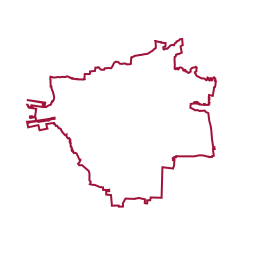 the district of Kota Probolinggo, Jawa Timur, Indonesia, rotated 256°
{"feature_id": "22746128B48742890195125", "entity_name": "Kota Probolinggo", "entity_type": "district", "adm_level": 2, "iso_a3": "IDN", "parent_name": "Indonesia", "parent_adm1": "Jawa Timur", "projection": "mercator", "projection_center": [113.213, -7.771], "detail": "fine", "context": "isolated", "style": "outline", "palette": "rose", "viewbox_px": 256, "rotation_deg": 256, "n_neighbors": 0, "source": "geoboundaries", "source_scale": "gbopen_adm2", "svg_char_len": 5854}
<svg xmlns="http://www.w3.org/2000/svg" viewBox="0 0 256 256"><g transform="rotate(256 128 128)"><path d="M196.5,65.2L195.5,64.7L192.8,64.4L191.9,64.0L188.7,63.5L187.0,62.9L186.7,63.7L185.0,63.4L182.7,63.6L181.7,63.9L176.0,63.9L173.4,62.8L172.2,61.8L172.4,60.9L172.0,60.7L171.4,60.6L171.3,60.0L170.5,59.4L170.0,59.4L169.2,58.4L169.2,57.0L168.9,55.7L168.1,53.5L168.6,52.0L172.6,53.8L179.7,36.6L173.0,51.8L169.1,50.1L173.4,39.8L172.9,39.5L172.3,40.8L171.3,40.3L172.0,38.4L171.4,38.2L172.0,36.8L174.8,36.2L174.9,35.9L171.8,36.6L168.9,43.6L162.5,41.0L161.5,39.7L161.6,37.6L162.7,37.6L163.0,35.8L162.4,35.6L162.3,35.4L161.4,35.5L161.0,40.8L160.8,40.9L158.6,40.7L157.8,40.5L157.3,40.1L157.7,35.9L158.5,31.5L158.3,31.5L157.6,35.8L155.9,53.4L155.8,55.3L156.0,55.6L156.0,56.1L155.8,59.2L154.7,59.1L155.0,55.6L155.3,55.4L155.4,53.7L154.4,53.6L154.5,52.6L155.5,52.5L155.7,52.1L155.8,51.4L154.8,51.2L155.6,42.5L155.8,42.2L156.6,41.4L157.2,35.7L157.2,31.5L152.8,31.3L152.5,41.6L152.3,41.8L147.3,41.6L147.2,41.7L146.9,49.7L147.0,49.7L147.1,49.4L151.6,49.7L150.8,57.5L150.2,57.6L149.8,57.4L149.5,58.0L149.1,58.2L148.2,58.2L147.4,58.5L147.4,59.7L144.7,60.7L144.8,61.0L144.3,61.3L143.4,62.5L140.6,62.9L140.4,63.3L139.1,63.6L138.2,64.1L138.1,64.3L137.2,64.6L137.1,64.9L136.4,65.1L136.0,65.4L135.8,65.7L136.3,66.7L135.3,66.4L134.2,66.6L133.6,66.6L132.5,67.1L132.5,68.5L130.5,69.2L130.3,68.5L128.5,68.8L128.4,68.0L127.3,68.2L126.7,68.7L125.9,68.3L124.3,67.9L123.3,68.1L123.4,68.5L120.6,68.8L120.4,68.0L119.7,68.0L119.8,68.9L118.7,69.1L118.3,68.7L116.8,69.4L116.8,70.7L115.8,71.9L108.9,73.3L108.8,74.1L107.9,73.8L106.1,72.2L105.4,70.9L103.6,71.7L103.2,74.1L102.8,74.6L95.8,79.5L93.8,79.6L92.2,79.4L86.6,77.9L84.6,78.8L82.7,77.4L81.5,79.7L80.9,81.8L78.4,85.3L77.7,85.9L76.4,89.4L73.9,88.9L72.6,94.1L72.6,94.8L71.3,94.5L71.9,91.5L68.7,90.8L67.0,95.3L56.5,93.6L55.5,98.2L54.9,100.3L53.9,100.1L53.0,104.1L56.1,104.8L60.1,108.5L57.5,117.6L57.7,117.9L57.8,118.2L57.4,120.3L57.7,121.1L54.7,127.2L51.1,126.1L50.5,127.2L50.2,128.4L53.2,129.1L52.5,132.0L53.4,132.3L54.0,132.8L55.1,133.2L52.2,143.7L81.6,151.9L77.8,161.9L78.4,162.2L78.9,162.7L80.7,163.7L81.8,164.0L85.6,165.3L85.9,163.9L87.9,164.2L87.6,165.7L88.6,165.9L88.1,167.5L89.0,167.7L89.0,168.3L88.3,170.0L86.0,179.4L84.5,185.1L84.2,191.0L83.0,194.7L81.1,198.1L80.6,199.5L80.3,199.5L79.8,201.0L79.8,201.6L79.6,202.5L80.4,202.8L80.3,204.5L86.9,205.3L86.6,207.0L88.5,207.2L88.7,206.0L97.4,206.9L104.5,208.1L109.4,208.7L115.0,208.6L118.1,208.9L121.6,209.4L123.1,209.5L124.5,207.6L125.1,207.2L126.2,206.8L126.5,206.3L126.6,204.2L127.2,202.8L127.0,201.9L127.2,201.4L128.6,199.8L128.7,199.4L128.8,197.9L129.0,197.3L129.3,197.2L130.7,195.8L132.5,193.4L132.9,193.5L136.2,194.7L135.8,197.9L136.8,198.2L137.0,199.1L136.5,200.0L135.4,199.6L135.1,200.6L135.8,200.8L136.2,200.3L136.8,200.6L136.5,201.6L135.4,201.4L135.0,202.5L134.3,202.2L133.9,203.4L133.4,203.3L132.2,207.1L132.9,207.4L132.7,208.3L131.8,208.1L130.9,211.6L131.7,212.0L131.5,212.6L132.9,213.2L133.2,212.5L135.7,213.3L135.6,213.7L135.7,213.8L137.3,214.2L137.4,213.6L139.1,214.1L140.4,214.6L138.7,218.0L145.0,220.8L146.6,221.2L146.6,222.2L148.0,223.0L151.1,224.1L152.0,224.6L152.8,223.7L153.2,223.8L153.7,224.5L154.4,224.7L155.1,224.3L156.0,224.1L156.3,223.9L156.4,223.6L156.2,223.0L155.5,222.4L154.4,221.6L154.1,221.2L153.9,220.9L154.1,220.5L154.3,220.4L156.0,220.7L156.3,220.6L156.4,220.2L154.7,219.2L154.4,218.9L154.3,218.6L154.6,218.3L155.1,218.1L156.3,218.2L157.0,218.1L157.8,217.4L157.7,217.2L155.7,216.3L155.4,215.8L155.5,215.4L157.3,214.2L157.7,213.7L157.9,213.3L158.2,211.6L158.6,211.1L161.6,207.6L163.3,206.7L164.3,206.8L164.7,206.4L165.5,206.2L166.2,206.7L166.4,207.9L166.8,208.2L168.9,208.8L169.6,209.2L170.3,209.2L170.9,208.6L170.6,208.2L170.9,205.7L170.8,204.8L170.3,204.0L170.0,203.2L169.6,202.9L168.7,202.6L168.0,202.6L167.5,202.3L167.2,201.7L167.2,200.9L166.8,200.4L166.8,199.9L167.6,199.1L168.6,198.7L169.0,197.4L169.6,197.2L170.2,197.7L170.7,197.4L170.7,196.9L170.3,196.0L170.4,195.6L172.6,195.4L173.7,194.3L174.2,193.1L174.1,192.5L172.8,191.3L172.7,190.9L172.8,190.6L173.8,190.6L174.2,190.4L174.3,189.6L174.2,189.0L173.5,188.7L173.5,188.4L173.6,188.1L174.0,187.8L174.4,187.7L175.2,187.8L177.6,188.6L183.0,189.7L185.6,190.4L185.9,191.6L187.4,192.3L187.3,193.0L187.4,193.4L187.8,193.7L187.8,194.0L187.5,195.0L188.1,198.4L194.3,198.7L195.0,199.9L195.1,201.1L201.2,202.1L201.6,200.0L200.7,198.8L200.7,198.4L200.2,196.9L200.3,196.1L199.5,195.7L199.2,195.3L199.1,194.5L198.4,193.5L197.2,192.8L198.0,190.4L197.9,189.3L195.4,185.3L195.8,183.7L195.5,181.8L196.2,181.5L197.8,181.7L198.1,182.7L198.0,184.0L201.3,185.0L202.2,182.3L203.2,181.2L202.8,180.9L202.9,180.6L203.5,180.1L204.1,178.8L204.2,178.4L205.7,176.0L205.8,175.5L204.9,175.6L199.8,174.6L198.7,174.1L198.7,173.7L198.3,173.0L198.3,172.5L197.2,170.8L196.7,169.7L196.6,168.8L195.7,166.6L195.2,164.2L195.6,162.4L195.6,160.8L195.8,159.5L195.7,158.0L196.0,157.1L196.1,154.5L196.4,152.8L196.2,151.9L196.3,151.7L195.5,149.2L195.9,148.5L195.6,148.2L193.3,147.5L191.9,146.9L191.0,146.8L189.5,146.3L189.4,146.0L189.6,144.3L190.0,142.3L190.5,141.9L190.7,141.3L191.4,140.7L191.6,138.1L192.3,135.7L192.8,135.3L193.9,134.8L194.5,134.2L195.3,132.0L194.5,130.2L191.6,127.8L190.1,126.2L191.0,123.3L191.5,119.8L190.7,119.3L190.5,118.7L190.3,118.6L191.2,115.8L192.6,114.9L193.9,114.4L194.2,113.4L193.9,113.0L194.5,111.0L191.4,109.8L192.0,104.8L190.3,104.4L190.4,104.2L189.7,103.7L189.9,102.4L190.1,101.9L190.7,100.1L190.8,99.1L187.0,97.8L185.8,97.8L186.1,96.5L185.8,96.3L186.9,92.9L187.0,91.8L187.6,91.2L187.8,90.5L187.6,90.5L187.8,89.6L188.3,88.7L189.0,86.8L189.2,86.0L189.8,86.2L190.1,84.8L190.4,84.5L190.6,84.6L191.0,84.1L191.3,83.3L191.8,83.0L192.9,81.4L192.6,79.6L192.6,79.2L193.1,78.0L193.5,76.4L193.7,74.1L194.5,72.2L194.5,70.2L195.3,67.1L195.7,66.8L196.5,65.2Z" fill="none" stroke="#9f1239" stroke-width="2"/></g></svg>